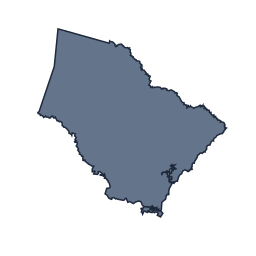 outline of Central Coast (Tas.), Tasmania, Australia, rotated 106°
{"feature_id": "25037944B34694615904571", "entity_name": "Central Coast (Tas.)", "entity_type": "district", "adm_level": 2, "iso_a3": "AUS", "parent_name": "Australia", "parent_adm1": "Tasmania", "projection": "equal_earth", "projection_center": [146.11, -41.27], "detail": "fine", "context": "isolated", "style": "filled", "palette": "slate", "viewbox_px": 256, "rotation_deg": 106, "n_neighbors": 0, "source": "geoboundaries", "source_scale": "gbopen_adm2", "svg_char_len": 5718}
<svg xmlns="http://www.w3.org/2000/svg" viewBox="0 0 256 256"><g transform="rotate(106 128 128)"><path d="M49.3,169.6L51.7,169.5L52.0,222.6L89.3,215.8L136.9,218.0L137.9,218.9L138.4,218.8L138.9,218.1L138.9,216.3L140.1,215.7L139.6,214.7L140.2,212.9L141.1,212.0L139.2,210.5L140.1,209.6L139.6,207.9L140.1,206.4L139.5,205.1L138.3,205.2L137.5,204.1L137.3,203.7L138.0,203.4L138.0,202.7L138.8,202.2L138.6,201.4L137.6,200.9L140.7,198.1L140.1,197.1L141.0,195.8L140.4,195.0L140.6,193.6L141.4,192.7L143.9,191.9L144.0,191.0L144.9,190.1L144.7,188.6L146.0,186.0L147.6,183.8L149.4,183.2L149.6,180.9L150.6,180.0L148.1,180.3L148.3,177.0L150.3,177.1L150.8,175.9L151.9,175.2L153.5,175.8L154.4,174.3L155.3,175.5L156.0,175.6L156.4,174.9L155.7,173.3L155.8,172.8L157.8,172.4L159.5,172.8L159.7,171.9L160.6,171.5L160.9,170.6L162.2,169.8L163.1,170.2L165.0,167.7L166.5,167.5L166.5,166.1L167.9,164.7L167.6,163.6L171.4,162.5L171.4,162.0L170.7,160.9L171.5,160.8L171.2,160.3L172.6,158.5L173.0,156.6L173.6,156.2L174.0,153.5L174.6,152.1L174.2,150.4L177.4,151.1L180.0,150.3L179.7,149.4L178.5,148.6L179.0,147.7L181.7,148.3L181.0,144.5L179.6,143.9L178.4,144.7L177.7,143.7L178.7,140.5L179.6,140.3L180.9,141.8L181.1,141.4L180.6,139.9L181.1,138.2L179.3,138.8L178.5,138.1L181.1,136.4L182.8,136.7L182.5,134.7L183.6,134.1L184.0,132.6L185.3,132.3L186.0,131.0L189.5,128.8L191.2,129.9L191.8,131.8L197.6,131.9L198.4,129.5L200.7,127.1L201.2,124.4L200.7,123.9L199.6,124.2L198.8,122.4L199.6,120.3L199.0,119.5L199.3,118.2L198.8,112.6L198.0,111.5L196.5,111.2L196.1,110.3L199.5,107.7L198.2,106.1L199.2,102.0L197.1,100.4L195.5,98.0L195.1,96.6L195.7,94.8L197.9,93.3L199.2,91.3L197.9,85.7L198.4,84.4L198.7,81.0L198.4,81.0L198.3,80.5L198.1,80.6L198.2,82.6L197.2,82.7L196.9,83.8L196.0,83.3L197.2,81.6L197.6,79.9L197.1,79.9L196.6,78.8L197.3,79.2L197.8,78.3L196.7,77.7L197.9,78.0L198.0,77.0L198.6,76.8L197.8,76.2L198.5,76.1L198.5,74.4L197.5,73.4L190.0,75.0L186.0,72.2L182.0,72.6L180.9,70.8L180.1,71.2L180.1,70.6L177.7,71.4L174.7,71.6L168.5,70.2L168.6,67.9L168.3,69.5L168.9,72.3L168.3,73.7L166.8,74.1L165.7,73.8L166.1,74.3L164.5,74.5L164.3,75.6L163.3,76.2L163.8,76.4L164.3,77.0L162.9,76.4L161.0,77.9L159.9,77.1L160.0,76.2L159.3,76.9L159.9,77.5L159.0,78.3L160.3,79.0L161.1,82.4L162.3,83.1L163.0,82.5L163.4,82.5L163.5,82.7L163.4,83.2L163.5,82.6L163.0,82.5L162.8,82.9L162.3,83.2L162.2,83.1L161.0,82.5L159.9,79.5L158.6,79.0L158.5,78.0L159.2,77.4L158.6,77.1L159.5,75.7L158.7,75.5L156.1,76.5L154.8,74.5L153.9,74.5L152.4,77.3L152.5,76.3L152.1,75.6L151.6,75.3L151.0,76.3L151.2,74.6L151.8,74.6L150.7,72.9L152.6,73.9L154.7,73.6L153.4,73.2L153.3,72.5L153.7,71.9L153.6,71.4L153.7,71.2L153.9,72.5L154.8,71.7L155.0,72.1L154.4,72.7L155.8,73.4L156.2,73.1L156.4,73.1L155.9,73.9L156.3,74.2L159.5,73.8L160.6,75.5L161.5,75.2L162.3,76.1L163.4,73.8L162.7,73.0L163.1,72.2L165.4,71.9L166.3,73.4L168.0,73.1L167.8,70.6L167.1,69.1L167.5,68.9L167.5,69.4L167.6,69.8L167.9,68.5L166.3,67.5L165.6,66.7L165.6,65.9L160.8,65.8L158.8,65.3L157.0,63.7L155.9,63.9L154.0,63.3L152.4,61.7L152.9,59.8L152.7,59.3L153.2,59.1L153.3,58.1L152.1,57.1L151.4,57.4L150.9,56.4L150.3,56.5L150.3,55.1L149.9,54.9L148.7,56.1L147.5,55.6L147.1,56.1L144.6,56.2L143.8,55.8L143.5,54.6L142.0,54.8L137.5,53.5L134.7,53.5L134.1,52.6L132.6,52.0L131.6,50.4L132.0,49.8L129.8,48.2L129.9,47.3L128.4,47.3L126.5,46.5L125.0,47.2L123.3,46.9L122.4,46.2L121.9,44.6L118.2,44.2L116.7,43.2L116.8,42.3L116.1,42.7L113.9,42.2L112.8,41.1L110.7,40.5L107.8,37.1L107.4,35.8L106.8,35.9L105.9,35.0L104.3,35.0L102.4,34.0L101.9,34.2L100.9,33.4L100.8,34.3L101.3,35.0L99.4,35.9L99.2,35.4L98.3,35.6L96.3,37.4L96.3,39.2L96.9,40.8L95.7,40.7L95.2,42.4L95.8,43.7L94.8,44.0L94.8,45.1L94.2,45.1L93.7,46.6L92.8,47.0L93.9,48.1L92.8,48.4L93.2,49.2L92.9,49.6L91.9,49.4L92.4,50.5L92.1,51.8L90.1,52.5L90.7,53.9L88.7,54.7L88.8,55.9L88.3,56.7L89.1,57.1L87.6,58.6L88.2,58.9L88.4,60.1L88.0,60.4L87.2,59.5L85.9,61.0L86.5,61.8L85.4,62.2L86.5,62.5L86.3,63.7L87.5,63.5L87.7,64.3L86.4,65.1L88.8,67.3L89.4,68.9L91.0,70.1L90.3,71.7L90.3,73.2L89.4,74.0L90.8,74.8L89.9,76.2L91.3,76.3L92.4,76.9L89.8,77.9L90.0,79.0L89.7,79.7L90.1,80.7L88.4,81.0L88.3,83.2L83.9,87.6L83.5,89.5L82.9,90.2L81.2,90.1L80.6,90.9L81.4,92.4L80.4,93.1L79.4,97.1L80.8,98.8L81.0,101.1L79.8,101.4L79.6,103.7L80.4,104.3L80.0,105.3L81.4,106.1L80.1,108.1L80.2,110.0L80.6,111.6L81.2,112.3L81.5,114.1L82.4,115.0L81.6,116.1L82.4,116.3L82.8,117.2L81.3,118.2L81.0,119.8L76.5,118.9L76.4,120.0L75.3,121.2L72.2,120.9L71.8,121.7L72.4,122.6L71.9,122.8L71.6,124.1L71.1,123.6L70.7,124.0L71.1,125.5L70.5,125.1L68.0,128.5L68.3,130.2L68.0,130.9L68.4,131.1L67.7,131.5L67.1,130.7L66.5,130.9L66.8,132.0L66.5,132.6L65.0,132.3L64.5,131.6L64.1,132.5L63.3,132.3L62.7,134.3L60.7,135.2L61.0,138.6L60.2,139.0L59.9,140.7L58.8,142.5L58.3,142.6L58.6,143.1L57.5,144.2L57.6,145.6L56.7,145.4L56.2,145.9L55.1,145.9L54.5,146.8L52.2,147.3L51.8,147.8L51.8,148.7L50.6,148.7L51.1,149.9L50.8,150.8L51.4,151.6L51.5,153.7L50.3,154.9L50.5,155.7L49.2,157.0L49.3,157.9L50.5,160.4L51.5,160.8L51.7,161.5L52.6,161.3L53.1,162.3L52.6,163.0L51.4,163.3L50.3,164.8L49.5,166.5L49.7,168.8L49.3,169.6ZM204.5,72.2L200.4,71.0L198.8,73.4L199.4,76.8L199.0,78.6L199.8,80.1L200.3,82.7L200.2,83.7L199.4,85.3L200.2,83.0L199.9,82.5L199.4,83.4L199.9,82.1L199.5,81.4L199.4,82.3L198.9,82.4L198.2,85.8L199.3,91.1L200.9,91.4L201.7,93.3L202.0,93.3L201.8,92.3L202.7,92.2L202.4,91.7L205.1,92.1L205.2,91.3L206.8,90.2L203.3,89.7L203.9,86.3L201.9,86.0L202.0,84.5L202.9,84.7L202.7,81.6L201.7,81.3L202.1,79.0L201.3,78.7L200.9,77.3L201.6,75.4L203.8,75.8L204.5,72.2ZM198.9,81.3L198.8,82.3L199.5,81.1L198.9,81.3ZM153.5,74.3L151.9,73.8L152.6,74.3L153.5,74.3ZM198.8,80.5L198.5,81.0L198.8,80.5ZM199.2,80.8L199.5,80.6L199.5,80.0L199.4,80.5L199.2,80.8Z" fill="#64748b" stroke="#1e293b" stroke-width="1.5"/></g></svg>